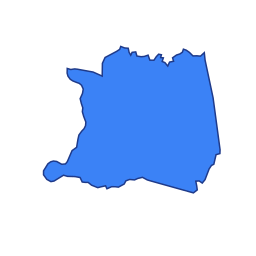 the district of Ibarama, Rio Grande do Sul, Brazil, rotated 344°
{"feature_id": "56859067B60880352226675", "entity_name": "Ibarama", "entity_type": "district", "adm_level": 2, "iso_a3": "BRA", "parent_name": "Brazil", "parent_adm1": "Rio Grande do Sul", "projection": "mercator", "projection_center": [-53.186, -29.418], "detail": "fine", "context": "isolated", "style": "filled", "palette": "blue", "viewbox_px": 256, "rotation_deg": 344, "n_neighbors": 0, "source": "geoboundaries", "source_scale": "gbopen_adm2", "svg_char_len": 1476}
<svg xmlns="http://www.w3.org/2000/svg" viewBox="0 0 256 256"><g transform="rotate(344 128 128)"><path d="M173.0,208.4L177.5,206.6L178.1,202.5L178.5,197.8L181.8,198.5L184.2,201.4L187.8,198.9L194.7,189.7L197.9,187.0L200.5,186.5L205.3,177.9L209.3,177.9L210.5,174.3L218.1,122.5L220.8,84.0L222.1,76.6L217.5,78.9L214.1,77.6L210.3,76.6L207.9,72.3L205.5,69.3L203.0,67.5L201.2,70.1L198.3,71.1L194.8,71.2L190.2,72.8L190.2,76.4L186.1,76.1L183.3,79.4L181.5,75.3L179.2,73.5L181.3,70.3L178.8,69.3L180.3,66.8L177.8,65.5L174.9,67.2L171.6,70.0L167.7,68.8L167.4,63.5L163.4,63.7L160.3,63.1L156.4,61.3L156.4,57.0L152.8,56.4L150.7,58.8L149.9,55.6L150.2,51.4L146.8,50.1L143.5,47.6L141.7,50.1L138.2,51.2L125.4,53.9L121.2,58.8L117.5,71.0L109.9,64.6L95.7,57.6L93.0,56.5L89.1,56.0L86.0,54.0L84.6,58.5L84.6,61.7L85.9,65.2L87.9,67.5L91.1,70.0L93.4,71.6L95.1,74.1L95.7,78.2L93.8,82.2L90.1,86.6L89.9,91.7L90.1,96.2L88.6,99.8L88.6,104.5L89.1,110.7L87.8,114.1L85.5,116.6L82.6,118.3L78.9,121.2L76.8,125.0L74.7,129.4L73.3,132.4L68.0,134.3L60.4,143.6L58.0,145.3L54.3,144.6L50.2,140.5L47.2,139.2L44.3,139.2L41.2,140.3L35.0,145.9L33.9,149.7L35.8,155.0L39.1,158.3L42.3,158.6L53.0,155.6L56.5,157.8L63.7,160.1L68.3,162.4L69.1,167.3L71.9,168.5L74.7,169.3L77.2,172.9L82.5,177.0L85.8,177.1L90.5,177.4L91.0,180.6L96.1,179.9L99.7,181.0L102.5,182.2L108.9,180.8L111.4,178.2L115.3,177.9L120.0,179.7L123.5,179.2L128.3,179.4L132.2,183.2L135.0,185.0L173.0,208.4Z" fill="#3b82f6" stroke="#1e3a8a" stroke-width="1.5"/></g></svg>